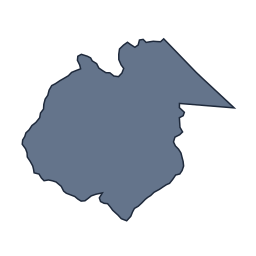 Iconha, Espírito Santo, Brazil, rotated 276°
{"feature_id": "56859067B88313113009325", "entity_name": "Iconha", "entity_type": "district", "adm_level": 2, "iso_a3": "BRA", "parent_name": "Brazil", "parent_adm1": "Espírito Santo", "projection": "mercator", "projection_center": [-40.862, -20.764], "detail": "fine", "context": "isolated", "style": "filled", "palette": "slate", "viewbox_px": 256, "rotation_deg": 276, "n_neighbors": 0, "source": "geoboundaries", "source_scale": "gbopen_adm2", "svg_char_len": 1597}
<svg xmlns="http://www.w3.org/2000/svg" viewBox="0 0 256 256"><g transform="rotate(276 128 128)"><path d="M73.6,39.3L72.9,44.3L69.2,47.1L66.8,50.0L68.0,54.3L67.6,58.3L66.8,62.1L63.0,67.7L58.5,70.6L56.7,73.4L55.7,77.1L54.3,82.3L52.1,85.5L50.4,89.0L51.1,92.8L53.7,95.6L56.7,98.6L58.8,103.1L60.8,109.3L55.5,106.8L52.0,108.4L50.6,112.1L50.6,115.6L48.1,118.2L44.6,121.4L42.5,124.2L40.4,127.1L37.1,130.8L35.6,136.4L40.5,140.0L45.1,141.3L48.7,142.8L51.3,146.4L55.1,149.7L58.8,152.6L61.1,154.9L63.2,157.6L66.8,160.6L70.3,165.7L73.2,169.1L75.7,172.2L77.3,175.1L81.5,177.8L86.2,180.3L87.7,184.3L91.3,186.2L96.0,187.3L100.5,186.3L104.5,184.8L108.6,183.3L112.2,180.5L115.1,177.0L118.9,174.7L123.8,175.6L126.7,180.1L129.8,182.7L134.1,179.6L138.3,178.9L143.6,178.0L146.0,181.6L149.5,182.4L153.6,177.0L157.8,176.6L159.1,231.5L184.9,197.2L190.5,189.9L220.4,154.2L217.2,151.4L217.0,147.5L216.9,144.1L215.9,140.2L215.0,137.1L217.7,133.8L216.7,130.2L211.6,129.4L209.0,126.4L211.3,121.8L213.2,118.5L210.0,114.9L205.7,111.3L200.3,111.1L195.1,111.7L190.1,114.5L186.8,117.5L182.0,116.2L178.1,113.2L178.2,108.5L181.0,104.2L180.7,100.2L182.5,96.5L184.6,92.7L188.7,90.1L191.0,85.4L193.8,83.5L195.1,80.2L196.4,73.9L194.1,70.6L190.1,70.6L185.6,73.4L181.9,74.7L180.0,70.9L177.4,66.1L173.7,63.2L171.1,59.7L168.0,55.4L164.5,51.2L162.2,47.7L157.5,45.6L152.1,44.8L148.1,42.6L142.7,41.8L138.0,42.0L133.7,39.4L129.0,39.1L123.9,35.8L120.4,32.2L115.9,29.9L112.5,27.0L108.6,26.2L105.1,24.5L100.8,24.5L96.6,28.3L92.8,30.2L88.6,30.9L84.5,34.3L80.3,37.2L77.3,38.3L73.6,39.3Z" fill="#64748b" stroke="#1e293b" stroke-width="1.5"/></g></svg>